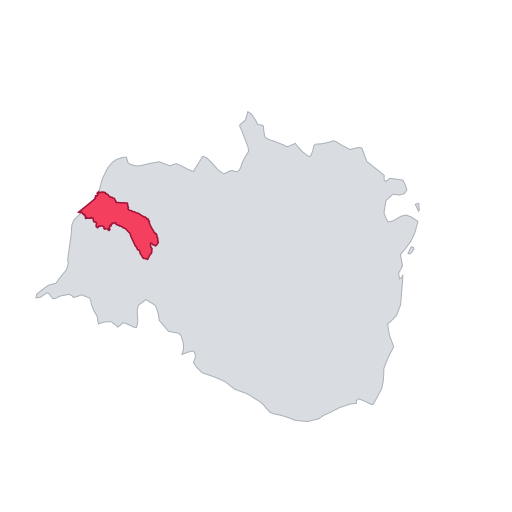 Kaoh Nheaek, Môndól Kiri, Cambodia (highlighted), rotated 210°
{"feature_id": "14789045B36010441751176", "entity_name": "Kaoh Nheaek", "entity_type": "district", "adm_level": 2, "iso_a3": "KHM", "parent_name": "Cambodia", "parent_adm1": "Môndól Kiri", "projection": "albers", "projection_center": [106.949, 13.127], "detail": "fine", "context": "in_parent", "style": "filled", "palette": "rose", "viewbox_px": 512, "rotation_deg": 210, "n_neighbors": 0, "source": "geoboundaries", "source_scale": "gbopen_adm2", "svg_char_len": 8154}
<svg xmlns="http://www.w3.org/2000/svg" viewBox="0 0 512 512"><g transform="rotate(210 256 256)"><path d="M425.7,109.7L426.8,113.4L424.0,120.6L421.1,127.0L415.5,132.7L415.3,136.8L413.4,149.2L414.1,153.2L415.4,156.6L417.2,158.4L422.1,170.5L426.5,181.5L430.9,190.6L431.7,196.3L427.7,210.8L423.1,224.2L423.5,230.8L425.5,237.5L427.7,246.3L428.5,257.7L427.3,265.1L425.2,269.7L421.2,274.4L417.7,276.8L413.5,272.8L410.1,272.6L405.6,273.8L402.0,275.7L394.8,282.6L386.8,289.3L375.7,291.0L371.4,296.0L366.7,296.7L357.9,297.0L352.2,298.1L352.5,300.6L352.0,312.5L352.1,315.2L351.2,316.0L347.2,316.3L340.5,314.5L331.4,311.5L324.9,311.0L321.5,316.2L319.5,318.2L317.1,318.5L314.5,319.4L313.6,321.7L313.4,324.6L314.6,329.5L315.0,337.4L314.7,342.7L317.1,346.1L331.0,357.5L335.1,360.3L335.6,362.0L333.1,368.2L335.2,376.9L330.9,376.7L323.6,373.0L320.1,370.7L315.9,372.5L314.4,372.1L311.5,367.8L307.8,363.5L304.0,363.2L295.8,364.8L287.5,366.0L284.4,365.9L283.1,366.7L278.2,373.2L276.2,372.1L267.8,369.5L260.2,368.5L258.6,370.2L259.5,375.5L261.1,380.7L260.1,382.9L255.9,385.5L250.3,390.4L246.8,394.2L244.5,395.1L236.0,394.8L227.6,395.3L224.1,398.8L221.0,401.6L218.2,402.3L207.3,393.3L185.4,390.0L183.1,386.0L181.0,385.3L178.9,390.3L166.8,395.1L161.9,392.0L158.2,388.4L158.8,384.0L162.3,380.5L168.3,378.0L171.2,369.1L166.8,357.5L162.9,354.1L158.7,351.4L154.3,355.6L150.4,362.9L146.5,366.6L141.0,367.4L133.0,366.9L130.1,356.0L129.2,346.6L130.4,335.9L131.7,329.5L124.2,320.7L123.9,312.3L120.2,308.0L119.1,310.1L119.2,312.5L118.1,310.8L106.4,286.1L104.6,274.8L106.8,266.1L108.1,263.2L104.6,258.5L99.8,253.2L91.3,246.2L90.9,235.4L89.1,222.6L86.6,218.2L82.8,210.3L80.8,203.8L80.3,186.5L81.5,185.2L87.6,184.8L95.5,183.7L96.8,180.9L95.4,178.6L100.5,174.8L107.9,166.4L113.6,157.5L117.7,152.0L120.2,146.4L128.4,138.6L139.6,133.3L147.2,132.2L155.1,130.4L162.7,127.9L166.3,127.7L175.6,131.0L180.6,131.9L186.0,131.9L191.5,132.3L196.3,132.0L207.8,129.9L219.9,131.8L230.8,130.5L244.3,128.0L250.9,129.7L256.9,132.4L257.7,137.6L259.1,140.0L261.1,141.9L263.7,141.9L267.2,138.3L270.1,134.5L271.0,133.8L271.2,135.7L272.6,139.8L275.1,143.8L277.7,146.5L282.0,150.1L284.8,150.3L294.0,147.0L307.8,151.9L309.4,154.4L313.9,159.3L318.7,162.9L329.5,163.2L333.3,154.5L331.5,149.1L325.4,139.8L323.7,134.3L325.7,133.4L336.1,132.4L337.8,131.3L340.1,125.3L342.9,126.0L348.7,126.8L354.8,122.7L358.4,118.4L360.3,120.3L362.5,123.4L364.8,125.1L369.2,127.7L374.0,131.4L377.0,135.0L379.5,136.4L385.6,135.4L387.3,135.5L390.9,131.2L393.4,128.8L395.5,129.5L398.6,129.4L405.1,123.9L408.7,118.8L410.7,117.4L416.5,119.9L418.8,119.4L422.1,112.4L425.7,109.7ZM126.2,341.5L125.0,342.1L123.8,342.1L122.7,341.0L122.9,337.1L123.8,334.7L125.7,334.3L126.2,341.5ZM143.9,380.4L141.4,383.0L137.6,377.5L137.6,376.0L143.9,380.4Z" fill="#d9dde1" stroke="#a8b0b8" stroke-width="1"/><path d="M365.5,232.4L365.8,232.1L366.3,233.0L366.6,233.2L367.1,233.2L367.4,233.2L367.6,233.4L367.7,233.6L367.9,233.6L368.1,233.5L368.3,233.6L368.5,233.6L368.4,233.8L368.7,233.7L369.1,233.9L369.3,233.8L369.5,233.9L369.7,233.7L369.8,233.9L370.2,234.0L370.6,234.1L370.8,234.3L371.1,234.4L371.7,234.3L372.3,233.9L373.4,233.9L374.5,233.9L375.1,234.0L376.8,233.9L378.1,234.1L378.8,234.2L381.6,233.5L383.4,233.5L384.2,233.1L384.6,232.9L385.0,233.0L385.3,232.9L385.9,233.0L386.8,232.9L388.7,232.2L390.7,233.1L390.9,233.5L390.8,234.2L392.7,236.0L393.0,236.4L393.2,237.0L393.6,237.3L393.8,237.4L394.5,237.4L395.4,236.7L396.8,236.1L397.8,235.5L399.4,234.6L400.4,234.2L402.7,233.1L403.4,232.5L403.9,232.4L404.1,232.4L404.4,232.7L404.4,233.1L404.6,233.4L404.7,233.5L405.7,233.7L406.0,234.0L406.9,234.8L407.2,235.0L408.0,235.0L408.4,234.8L409.3,234.7L409.5,234.7L409.9,234.9L410.1,234.9L410.3,234.7L410.6,234.7L411.1,234.5L411.2,234.3L412.3,234.1L412.4,234.4L413.8,234.5L414.4,234.8L414.6,235.1L415.3,235.2L416.3,235.1L416.8,235.0L417.3,234.7L417.6,234.7L417.7,234.8L417.8,234.9L418.1,235.6L419.0,235.4L419.3,235.1L419.5,235.2L419.8,235.1L420.0,235.1L420.3,235.0L420.4,234.7L420.7,234.7L421.0,234.5L421.4,234.4L421.9,234.1L422.7,232.7L423.6,232.7L424.0,232.4L424.2,232.5L424.3,232.7L424.4,232.3L424.7,232.3L424.9,231.9L424.5,231.8L424.4,231.6L424.3,231.4L424.2,231.2L424.4,231.0L424.2,231.0L424.3,230.5L423.9,230.2L423.7,230.0L423.8,229.9L423.7,229.8L423.9,229.7L423.8,229.4L423.8,229.2L423.8,228.9L424.1,228.6L423.9,228.4L423.9,228.2L424.4,228.0L424.8,228.0L425.0,227.9L424.6,227.5L424.5,227.2L424.6,226.7L424.6,226.3L424.1,226.1L424.2,225.4L424.1,225.1L424.1,224.8L424.3,224.7L424.3,224.4L427.9,214.6L431.5,205.5L431.3,205.6L431.0,205.3L430.9,205.3L430.3,205.4L430.1,205.5L430.2,205.8L430.1,206.0L429.5,206.2L429.2,206.7L429.0,206.8L428.3,206.6L428.1,206.2L427.5,206.1L426.8,205.7L425.8,206.1L425.6,206.0L425.4,205.6L425.2,205.5L424.7,205.9L424.6,206.0L424.4,205.9L424.3,205.5L423.9,205.2L423.7,204.9L423.2,204.4L422.7,203.6L422.3,203.3L422.2,203.3L421.8,203.7L421.7,204.0L421.7,204.5L421.4,204.3L421.1,204.3L420.9,204.4L420.8,204.8L420.7,204.9L419.8,205.1L419.2,205.3L418.5,205.8L418.2,205.9L418.2,206.0L418.4,206.6L418.2,206.7L417.7,206.5L417.5,207.0L417.4,207.1L416.8,207.0L416.0,207.3L415.3,206.6L415.2,206.0L414.4,205.5L414.1,204.9L413.9,204.7L413.6,204.6L412.6,204.7L412.3,204.8L412.1,205.1L411.5,205.2L410.8,205.1L410.6,204.8L409.8,202.6L409.3,201.7L408.9,201.5L408.6,201.5L407.8,201.2L407.6,201.2L407.2,201.4L407.0,201.7L407.0,201.9L407.2,202.6L407.2,202.9L407.0,203.2L406.9,203.4L406.0,203.6L405.8,203.8L405.4,204.5L404.1,205.2L403.0,205.3L402.4,205.3L402.0,204.9L401.9,204.4L401.8,204.1L401.0,203.6L400.6,203.6L400.2,203.7L399.6,204.7L398.5,205.2L398.0,205.2L397.4,205.0L397.0,204.7L396.7,204.4L396.4,204.6L396.6,204.8L396.5,205.0L396.1,205.0L396.4,205.5L396.0,205.8L396.4,205.9L396.6,206.1L396.4,206.1L396.5,206.3L396.6,206.5L396.8,206.5L396.8,207.0L397.1,207.5L397.2,207.3L397.3,207.5L397.3,208.2L397.3,208.3L397.2,208.5L397.5,208.9L397.3,208.8L397.2,208.9L397.2,209.1L397.5,209.3L397.7,209.7L397.4,210.0L397.2,210.0L397.3,210.1L397.1,210.5L396.9,210.5L397.1,210.9L396.9,211.2L396.8,211.4L396.9,211.5L397.0,211.6L397.0,211.8L396.8,211.9L397.0,212.3L396.6,212.7L396.4,212.7L396.4,212.9L396.3,213.0L396.0,212.9L395.7,213.2L395.6,213.4L395.4,213.6L395.3,213.8L395.1,213.8L394.9,214.0L394.8,214.3L394.7,214.3L394.6,214.5L394.2,214.4L394.1,214.5L393.9,214.5L393.8,214.3L393.9,214.1L393.7,213.9L393.5,213.6L393.3,213.6L392.9,213.5L392.6,213.6L392.4,213.6L392.2,213.6L391.7,213.4L391.5,213.6L391.1,213.7L390.6,213.9L390.4,213.9L390.4,214.0L390.1,214.1L389.6,213.8L389.3,213.9L389.0,213.7L388.7,213.8L388.2,214.2L387.9,214.2L387.6,214.2L387.5,214.3L387.0,214.4L386.8,214.3L386.4,214.3L385.8,214.0L385.5,214.1L385.2,214.0L384.6,214.3L384.1,214.2L383.0,214.4L382.5,214.3L380.5,213.8L380.1,213.6L377.8,212.9L376.8,212.8L376.5,212.7L374.5,210.7L365.3,204.2L365.0,204.4L364.8,204.4L364.3,204.0L363.6,203.6L363.1,203.4L361.9,202.3L361.2,202.3L360.3,202.5L360.2,202.4L359.7,202.4L359.3,202.1L359.0,202.0L358.9,201.9L358.8,201.7L358.0,200.7L357.5,200.2L356.6,199.7L355.9,199.5L355.4,199.3L353.0,197.8L352.7,197.7L351.9,197.8L350.7,198.4L350.0,198.6L348.2,198.8L348.3,199.6L348.2,199.9L348.4,200.4L348.3,200.8L348.3,201.2L348.2,201.5L348.4,201.9L348.4,202.2L348.6,202.9L348.5,203.4L348.2,204.2L348.2,205.2L347.9,206.0L348.0,206.6L348.2,206.9L348.3,207.5L348.9,208.3L349.2,209.1L349.4,209.4L349.4,209.9L349.5,210.2L350.3,210.7L351.0,210.9L351.5,211.2L352.0,211.7L352.6,212.4L353.1,213.0L353.4,213.7L353.5,214.4L353.4,214.7L352.9,214.6L352.5,214.7L351.6,214.3L351.4,214.2L351.3,214.3L351.0,214.3L350.8,214.5L350.4,214.4L349.6,214.5L348.4,214.4L348.1,214.5L347.9,215.1L347.7,215.3L347.7,215.9L347.5,216.1L347.4,217.0L347.5,217.4L347.5,217.9L347.4,218.3L347.5,218.7L347.6,218.8L347.5,219.0L347.7,219.4L347.9,219.5L348.2,219.7L348.4,219.8L348.5,220.0L348.8,220.3L348.8,220.6L349.1,220.8L349.6,221.6L350.1,222.4L350.6,222.8L351.0,222.8L351.7,223.2L351.8,223.8L352.0,224.1L352.5,224.6L352.6,224.8L353.2,224.8L353.5,225.0L353.8,225.1L353.8,225.3L354.1,225.3L354.2,225.5L354.3,225.5L354.5,225.4L354.8,225.2L355.1,225.2L355.4,225.4L355.6,225.3L357.8,226.8L359.9,227.8L362.1,229.2L364.2,230.7L365.0,231.5L365.5,232.4Z" fill="#f43f5e" stroke="#9f1239" stroke-width="1.5"/></g></svg>